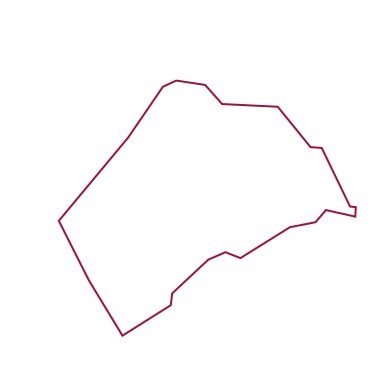 the district of Bor South, Jonglei, South Sudan, rotated 59°
{"feature_id": "79223893B93297305003737", "entity_name": "Bor South", "entity_type": "district", "adm_level": 2, "iso_a3": "SSD", "parent_name": "South Sudan", "parent_adm1": "Jonglei", "projection": "equal_earth", "projection_center": [32.094, 6.474], "detail": "fine", "context": "isolated", "style": "outline", "palette": "rose", "viewbox_px": 384, "rotation_deg": 59, "n_neighbors": 0, "source": "geoboundaries", "source_scale": "gbopen_adm2", "svg_char_len": 454}
<svg xmlns="http://www.w3.org/2000/svg" viewBox="0 0 384 384"><g transform="rotate(59 192 192)"><path d="M214.7,325.9L279.3,325.6L278.1,268.5L268.7,261.2L258.4,212.9L260.8,194.4L273.6,184.5L272.6,126.2L281.5,101.7L276.5,86.5L297.2,64.7L289.3,59.4L285.9,64.0L221.0,58.1L214.6,67.3L163.1,74.6L162.9,74.9L132.1,120.9L107.0,125.6L88.4,148.1L86.8,162.7L97.2,185.4L112.5,218.8L148.1,321.0L214.7,325.9Z" fill="none" stroke="#9f1239" stroke-width="2"/></g></svg>